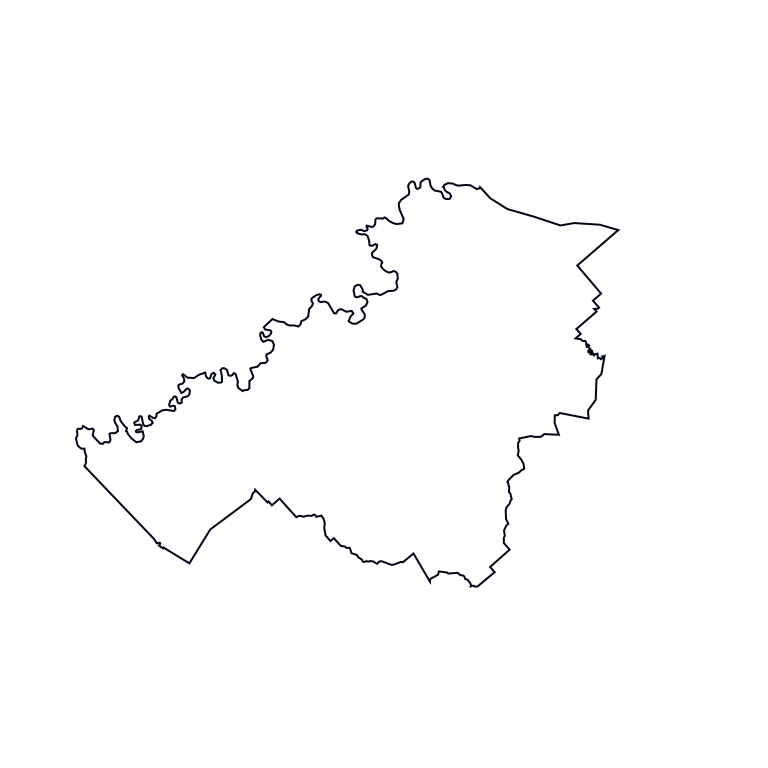 Wodonga, Victoria, Australia (orthographic projection), rotated 310°
{"feature_id": "25037944B99055337236234", "entity_name": "Wodonga", "entity_type": "district", "adm_level": 2, "iso_a3": "AUS", "parent_name": "Australia", "parent_adm1": "Victoria", "projection": "orthographic", "projection_center": [146.883, -36.145], "detail": "fine", "context": "isolated", "style": "outline", "palette": "ink", "viewbox_px": 768, "rotation_deg": 310, "n_neighbors": 0, "source": "geoboundaries", "source_scale": "gbopen_adm2", "svg_char_len": 6166}
<svg xmlns="http://www.w3.org/2000/svg" viewBox="0 0 768 768"><g transform="rotate(310 384 384)"><path d="M283.1,246.3L280.7,245.4L276.7,247.1L275.6,246.4L275.0,245.3L275.5,242.7L277.8,239.7L272.3,236.4L266.4,234.6L262.5,229.3L262.4,223.9L261.4,223.5L260.8,223.9L259.6,227.3L257.6,229.4L255.1,229.5L251.5,227.3L250.2,227.7L248.7,229.7L246.9,234.5L248.9,235.5L253.8,236.0L254.5,236.8L254.4,239.4L251.0,241.5L248.4,241.5L244.5,238.7L241.5,239.1L240.0,241.0L237.7,240.1L237.1,238.2L240.4,233.4L240.1,231.7L238.9,231.2L236.9,231.6L233.6,231.1L229.5,233.1L229.2,234.8L231.8,236.3L232.6,238.1L230.4,240.6L228.3,240.5L224.2,233.7L221.3,231.1L215.0,228.9L213.0,230.4L210.6,230.6L209.6,228.8L209.0,224.6L207.9,224.7L206.3,226.5L206.6,229.6L205.4,231.9L202.7,231.5L198.9,229.1L198.0,227.4L198.6,225.0L203.0,219.7L203.0,218.4L201.9,217.4L198.1,219.1L194.4,217.5L193.5,217.7L192.6,219.6L196.3,223.6L195.9,225.6L193.3,226.9L189.8,224.2L188.2,224.3L187.9,225.0L188.5,226.2L192.6,229.6L189.5,233.6L187.0,234.7L183.9,234.7L180.1,231.6L180.1,225.3L181.0,220.3L182.3,217.9L182.0,216.8L185.0,215.5L184.9,212.8L186.2,206.5L188.7,202.1L188.1,199.9L186.0,199.1L183.0,200.6L181.3,203.4L180.1,207.2L176.8,210.5L173.6,209.7L170.6,206.2L169.4,205.7L165.3,210.5L162.7,211.1L159.8,207.2L157.5,207.1L155.9,204.9L157.0,195.2L157.9,193.5L162.2,191.3L162.5,189.5L159.3,186.7L158.5,180.5L155.9,181.2L154.3,180.3L153.2,178.5L151.6,178.3L147.6,182.1L144.4,183.0L140.7,187.7L139.9,189.6L139.8,192.1L140.1,194.1L142.0,196.1L139.7,198.3L137.2,202.6L134.5,204.0L132.4,206.3L128.5,207.4L117.4,308.0L115.9,312.3L118.3,314.3L117.8,315.3L115.5,315.5L116.1,320.4L117.0,320.2L121.5,350.2L160.9,344.4L210.2,356.0L216.0,353.8L218.9,354.1L220.2,353.3L218.4,370.9L219.8,371.0L219.0,376.1L229.1,377.7L225.6,402.4L228.6,403.8L230.8,407.8L234.1,410.1L236.5,413.4L239.1,414.3L239.4,416.6L238.7,417.5L242.9,420.6L241.9,424.4L239.3,428.1L235.2,430.9L230.4,436.6L229.3,443.9L233.7,444.6L232.2,455.0L234.4,458.6L234.3,460.7L236.5,463.1L233.5,467.8L235.6,473.0L234.7,475.6L235.3,479.9L234.4,481.7L234.8,483.2L236.8,484.2L237.9,486.2L239.6,487.3L241.2,490.0L241.7,494.2L245.3,494.6L246.8,496.3L250.2,505.9L252.2,507.8L258.4,511.2L259.7,513.1L273.1,515.5L262.1,546.3L264.2,544.7L272.6,548.0L275.7,546.5L280.1,553.5L280.1,555.1L286.7,561.8L286.7,565.4L288.1,567.5L288.2,569.2L286.8,571.6L287.8,573.7L286.9,577.9L285.8,580.1L284.8,580.5L287.2,582.3L287.2,583.8L289.0,585.8L311.0,589.7L312.0,582.9L337.9,586.7L339.2,578.0L343.3,574.6L345.4,574.1L348.9,570.1L354.6,568.6L356.9,569.1L358.9,564.4L365.6,558.3L368.3,557.1L373.3,557.1L375.8,555.9L377.7,556.0L381.1,551.5L381.6,549.2L385.8,545.9L386.9,543.8L387.9,543.2L388.1,541.6L390.2,541.1L397.7,541.7L402.7,544.3L405.9,544.6L409.2,545.9L412.5,542.3L414.5,537.1L415.3,532.4L419.4,530.1L421.2,527.8L425.1,524.6L427.6,524.4L429.2,522.6L438.9,530.3L440.0,533.0L444.3,538.1L448.7,539.0L457.5,550.6L463.9,539.7L469.8,535.0L471.9,537.2L474.7,537.2L489.0,563.0L494.9,557.3L507.9,556.4L524.1,543.8L531.4,544.1L547.4,534.9L545.4,533.5L544.9,534.9L542.5,534.4L542.6,532.6L541.1,531.3L544.5,528.0L542.6,526.5L541.0,526.6L541.9,523.9L540.3,524.3L539.6,523.3L543.2,522.1L542.9,521.0L540.5,521.6L539.8,520.9L539.9,520.0L541.1,519.0L542.4,520.0L543.6,519.4L543.4,518.2L544.1,516.7L542.8,515.5L543.5,515.1L545.3,516.1L545.3,514.7L544.0,513.9L546.2,511.5L546.4,510.5L545.1,509.4L544.5,507.0L544.9,506.1L542.0,501.4L548.8,502.5L549.7,496.0L576.1,500.3L576.6,496.7L579.0,499.3L580.7,499.7L582.2,490.5L592.8,492.2L599.0,455.9L652.5,464.5L644.8,447.0L629.5,426.2L618.9,417.3L608.8,391.9L597.3,366.0L594.6,346.2L596.6,330.9L595.3,331.3L592.9,329.7L591.9,322.8L589.2,318.8L584.0,313.8L582.6,311.2L581.8,307.9L578.9,303.8L575.4,302.3L573.5,302.5L573.9,302.8L572.3,304.5L571.6,306.4L571.5,308.7L572.2,311.6L571.1,314.7L568.0,315.3L565.4,312.5L565.1,309.8L567.6,305.6L567.8,303.9L564.8,298.5L564.8,294.9L565.9,292.1L569.5,287.8L569.5,285.7L567.8,283.9L563.1,282.4L561.7,282.6L558.1,285.4L555.2,284.5L554.6,283.8L554.8,282.4L557.9,278.0L557.9,276.3L556.7,274.9L553.5,274.5L551.1,275.2L547.5,279.8L545.0,281.2L536.1,278.8L532.1,279.2L530.0,280.8L527.2,284.6L523.1,293.0L518.9,294.8L514.6,290.9L513.1,287.6L512.1,282.6L512.4,279.4L512.0,277.4L510.3,277.1L506.3,271.9L504.5,271.7L500.8,274.5L497.7,274.7L496.3,273.5L494.3,269.1L493.3,269.4L492.3,271.9L490.7,272.2L488.4,270.7L487.3,267.1L484.0,264.7L482.7,264.9L482.3,266.6L484.1,270.6L486.5,273.2L486.8,276.3L484.1,280.6L480.9,283.8L482.3,286.2L485.6,287.4L486.1,289.4L482.7,291.2L476.8,290.5L474.8,292.3L474.1,294.0L476.5,300.6L476.5,303.5L476.0,304.6L474.5,304.7L472.3,306.0L471.4,309.4L471.5,312.6L472.5,316.0L474.3,317.7L476.6,318.6L477.5,320.7L477.2,323.2L473.4,326.9L470.4,327.7L469.1,328.8L467.3,331.7L464.5,332.5L461.8,331.6L457.8,327.4L450.4,324.5L449.3,323.2L448.7,320.3L442.0,314.4L441.0,308.4L442.7,307.0L444.4,302.1L443.0,300.1L440.0,298.8L436.1,300.5L432.3,305.4L432.7,307.2L436.6,309.8L437.2,311.2L436.9,312.4L437.8,316.0L436.0,318.8L432.5,319.7L427.4,318.1L426.6,318.9L425.0,324.4L422.3,326.6L420.4,326.7L412.5,324.1L410.0,321.1L409.3,316.6L413.7,315.1L418.4,315.2L419.2,312.2L415.1,308.7L413.8,303.0L411.3,301.4L407.2,301.9L406.1,300.3L410.1,289.0L409.1,285.6L405.9,282.7L405.5,280.5L407.1,278.9L411.3,279.0L411.8,278.2L411.2,276.9L408.6,275.0L402.9,273.5L401.5,274.5L399.8,277.9L397.5,278.7L393.3,278.5L386.9,282.6L383.2,282.3L378.9,280.3L376.1,281.7L373.1,281.5L370.9,277.3L367.7,273.3L367.0,270.3L367.3,268.2L363.9,262.6L362.1,256.8L350.3,255.4L349.3,257.8L352.1,262.6L351.8,264.0L350.1,264.9L346.7,265.0L344.0,263.5L343.5,261.5L345.3,258.4L345.1,257.0L343.5,256.8L341.5,258.0L339.0,261.8L338.8,264.5L343.4,266.9L345.1,270.9L343.4,274.4L339.3,276.9L335.3,277.0L331.1,275.0L329.4,276.2L327.5,279.7L324.1,279.8L320.6,276.1L316.0,276.0L310.9,272.0L309.7,271.8L305.9,278.8L304.3,279.8L299.7,279.0L294.4,283.5L291.9,283.4L288.9,280.5L287.8,280.4L287.3,275.1L288.8,272.4L291.8,270.7L296.4,263.7L295.7,261.9L293.5,262.1L291.6,261.2L290.7,259.2L293.9,254.7L293.5,251.7L292.3,250.1L289.6,249.8L286.3,254.3L281.8,258.3L280.6,258.4L278.2,255.9L277.5,251.8L278.8,249.6L282.9,248.7L283.1,246.3Z" fill="none" stroke="#020617" stroke-width="2"/></g></svg>